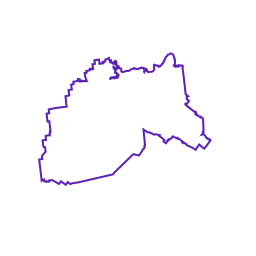 the district of Launceston, Tasmania, Australia, rotated 117°
{"feature_id": "25037944B58577428038391", "entity_name": "Launceston", "entity_type": "district", "adm_level": 2, "iso_a3": "AUS", "parent_name": "Australia", "parent_adm1": "Tasmania", "projection": "equal_earth", "projection_center": [147.112, -41.321], "detail": "fine", "context": "isolated", "style": "outline", "palette": "violet", "viewbox_px": 256, "rotation_deg": 117, "n_neighbors": 0, "source": "geoboundaries", "source_scale": "gbopen_adm2", "svg_char_len": 5550}
<svg xmlns="http://www.w3.org/2000/svg" viewBox="0 0 256 256"><g transform="rotate(117 128 128)"><path d="M199.5,148.2L176.1,120.3L173.7,119.9L148.9,111.4L147.5,105.7L142.2,105.0L139.7,105.0L138.9,104.3L136.8,104.7L136.7,105.2L135.7,105.0L122.3,113.5L122.9,108.7L122.8,108.2L122.3,107.3L122.1,106.4L122.1,106.0L122.3,105.7L121.9,104.1L122.1,103.3L122.2,102.0L121.4,100.9L121.1,100.7L119.9,96.5L120.9,96.7L121.4,93.3L122.0,91.2L122.2,90.1L123.9,90.3L124.4,87.2L121.3,86.7L121.3,87.1L119.9,86.8L120.0,86.1L118.9,85.9L117.6,84.6L115.9,84.4L115.9,84.5L115.2,84.4L115.1,83.7L115.2,82.5L114.9,80.2L115.0,79.2L114.5,79.2L114.5,79.3L114.3,79.3L115.3,73.0L116.3,73.2L116.5,72.1L115.5,72.0L116.0,68.8L116.3,68.8L116.6,67.1L116.3,61.5L116.8,57.9L110.4,57.1L111.8,50.9L111.6,50.6L102.5,49.0L102.0,48.9L101.9,49.5L101.1,49.5L101.0,50.6L101.4,50.6L101.0,52.6L101.5,52.7L101.4,53.2L99.3,56.9L99.5,58.1L100.4,59.2L97.6,58.7L97.4,59.7L96.2,59.5L90.0,62.8L85.4,65.7L84.9,68.2L85.7,68.4L84.9,72.6L85.3,72.7L85.1,74.1L84.2,73.9L84.0,74.8L83.1,74.6L82.9,75.3L83.5,75.4L82.1,83.4L81.9,83.3L81.2,87.2L80.8,87.2L80.6,87.5L80.5,87.8L80.3,87.9L80.0,87.7L79.8,87.4L79.7,87.0L79.9,86.6L76.2,86.0L75.7,88.5L75.3,88.4L74.9,88.6L74.6,89.0L74.4,89.5L73.5,89.9L72.9,89.5L72.3,88.9L71.8,91.9L53.8,103.8L49.6,106.8L48.0,107.1L47.7,108.2L48.3,109.0L48.6,109.5L48.5,109.9L48.7,110.1L48.8,110.5L49.3,110.7L49.8,110.8L49.5,111.5L50.6,111.5L50.8,112.1L50.6,112.3L51.2,112.9L51.8,113.1L51.9,113.7L51.7,113.7L51.5,114.2L51.3,114.2L51.5,114.4L51.4,114.6L51.2,114.7L51.5,115.0L51.3,115.3L51.4,115.5L50.9,115.5L50.2,115.2L48.7,115.8L48.0,115.9L46.7,116.9L45.6,117.4L45.4,117.6L45.3,118.2L44.1,118.7L43.8,119.5L43.2,119.8L42.9,120.3L42.4,120.6L41.9,122.1L42.0,123.2L42.3,124.0L43.5,124.5L44.0,125.2L44.7,125.8L45.6,126.0L46.2,125.9L47.7,126.5L48.3,126.4L48.8,126.6L49.8,126.2L51.1,126.4L51.8,126.1L52.1,126.4L52.5,126.5L53.0,126.2L53.2,126.3L53.6,126.1L54.0,126.2L55.3,126.5L55.6,126.9L56.6,126.8L58.1,127.3L58.7,127.6L59.2,128.0L59.5,128.6L59.3,128.9L59.3,129.1L59.1,129.2L58.7,129.1L58.6,129.3L58.7,129.8L59.1,130.1L59.5,130.7L59.6,131.3L59.4,132.7L59.6,133.3L60.5,133.3L61.6,132.7L63.1,131.6L63.8,131.3L64.6,131.2L66.3,131.5L66.5,131.3L66.4,131.6L67.0,132.2L68.4,134.6L68.9,135.1L69.0,136.0L68.6,136.9L67.9,137.4L68.0,137.6L67.8,137.5L67.3,138.0L67.1,138.4L67.2,139.2L67.5,138.9L67.8,138.8L68.7,138.8L68.8,138.6L69.1,138.4L69.3,138.5L69.6,138.9L70.4,139.2L70.7,139.1L70.6,139.3L70.4,139.3L69.6,138.9L69.1,138.5L68.7,138.9L67.6,138.9L67.2,139.4L67.6,140.9L67.6,141.1L67.8,141.1L67.7,141.2L68.0,142.7L68.4,143.5L68.8,144.0L69.0,144.2L68.9,144.2L69.7,145.0L70.4,145.6L70.6,145.5L71.1,146.3L71.5,147.2L71.6,147.4L71.9,148.4L71.8,149.5L72.0,149.5L71.9,149.7L72.0,149.9L73.8,151.2L73.9,151.3L74.6,152.0L75.9,152.6L76.8,153.4L77.2,153.8L78.0,155.7L79.4,156.7L80.7,158.3L80.8,158.8L80.6,159.3L80.3,159.9L79.2,160.4L79.1,160.6L79.1,160.4L78.7,160.6L78.4,161.0L78.2,161.4L78.4,162.3L79.4,163.7L80.5,165.4L80.9,165.9L81.2,165.9L81.6,165.6L81.8,165.2L83.2,165.0L84.4,164.5L84.5,164.1L84.1,163.3L84.6,161.5L84.9,160.5L85.3,160.3L85.6,160.3L85.8,161.1L86.0,161.5L86.3,161.7L86.7,161.7L86.9,161.6L87.1,161.4L87.2,160.2L87.6,160.0L88.3,160.4L88.9,161.4L88.6,162.7L89.3,163.8L89.9,163.3L90.2,163.4L90.3,163.6L90.1,164.4L90.5,165.3L90.6,165.8L91.0,166.0L91.1,165.7L91.5,165.5L91.9,166.1L92.3,166.2L92.3,166.6L92.1,166.9L92.2,166.2L91.7,166.1L91.5,165.7L91.2,165.7L91.1,166.2L90.7,166.1L90.4,165.8L90.0,164.5L90.1,163.6L89.6,163.9L89.2,163.9L88.5,162.7L88.7,161.4L88.1,160.5L87.6,160.2L87.3,160.3L87.3,161.1L87.2,161.5L86.9,161.8L86.4,161.9L85.7,161.5L85.6,160.5L85.3,160.4L85.1,160.7L84.8,161.5L84.8,161.8L84.7,161.9L84.4,163.1L84.4,163.4L84.7,164.0L84.7,164.5L84.2,164.9L82.9,165.4L82.0,165.5L81.6,166.1L81.2,166.4L81.5,167.1L81.5,167.8L81.4,167.9L81.0,168.1L80.7,168.1L79.5,169.1L79.0,169.3L80.5,168.1L80.6,167.9L80.7,167.3L79.9,166.1L78.9,163.9L78.4,163.4L77.9,163.8L77.3,164.4L77.4,164.6L77.6,164.5L77.9,165.0L77.2,165.4L77.5,166.2L77.4,166.2L77.5,166.6L76.5,167.1L76.6,167.5L76.5,167.4L75.4,167.9L76.9,168.9L76.9,169.3L74.0,169.0L73.9,169.7L76.0,170.4L76.5,171.1L77.3,171.3L77.1,171.8L77.1,172.5L77.5,173.2L77.4,174.0L76.7,174.4L76.2,173.9L76.3,173.8L75.9,173.5L75.3,174.1L75.7,174.5L75.9,174.3L76.4,174.8L76.1,175.4L75.2,176.3L74.9,176.6L74.4,176.8L77.4,179.3L78.9,178.4L79.7,179.6L80.8,179.4L80.7,179.6L81.2,180.0L81.0,180.7L81.8,180.6L82.2,180.3L83.8,182.5L80.2,185.0L82.9,188.7L85.8,186.6L87.4,188.6L91.3,185.8L91.8,186.2L92.0,186.7L92.1,187.1L91.9,187.9L92.6,188.9L93.1,188.6L93.9,188.2L94.8,189.5L95.0,189.6L96.1,191.0L97.6,190.0L98.7,191.6L101.0,190.0L104.6,186.6L104.9,186.1L105.0,186.4L105.4,186.8L105.4,187.6L105.7,188.0L106.1,188.0L106.4,189.0L106.5,189.1L106.5,189.4L106.7,189.6L106.6,189.9L106.9,190.3L107.0,191.0L107.6,190.6L108.4,191.9L106.5,193.2L107.1,194.9L108.7,193.8L111.6,197.7L113.4,196.4L115.3,198.3L119.2,195.5L121.2,198.2L125.6,195.1L128.1,198.1L134.2,194.2L136.8,192.3L141.0,198.5L142.2,200.4L147.4,207.1L150.7,204.9L152.1,207.1L158.7,202.7L157.7,201.2L166.0,195.6L166.3,196.1L167.7,195.1L168.1,195.6L170.0,194.3L170.6,195.5L171.8,197.1L172.6,197.8L175.8,195.6L177.8,198.5L182.8,195.1L183.1,194.6L183.2,193.7L182.8,193.2L186.4,190.7L192.1,192.0L194.6,190.3L196.4,192.8L214.1,181.0L213.4,180.8L213.2,180.6L213.1,180.3L212.8,180.2L212.7,179.9L212.0,179.5L213.6,178.4L212.4,176.6L213.0,176.3L211.5,173.9L210.5,174.5L208.8,171.9L209.2,164.1L205.9,163.5L206.5,160.3L206.8,157.7L203.5,157.1L204.1,153.9L202.3,152.3L199.5,148.2Z" fill="none" stroke="#5b21b6" stroke-width="2"/></g></svg>